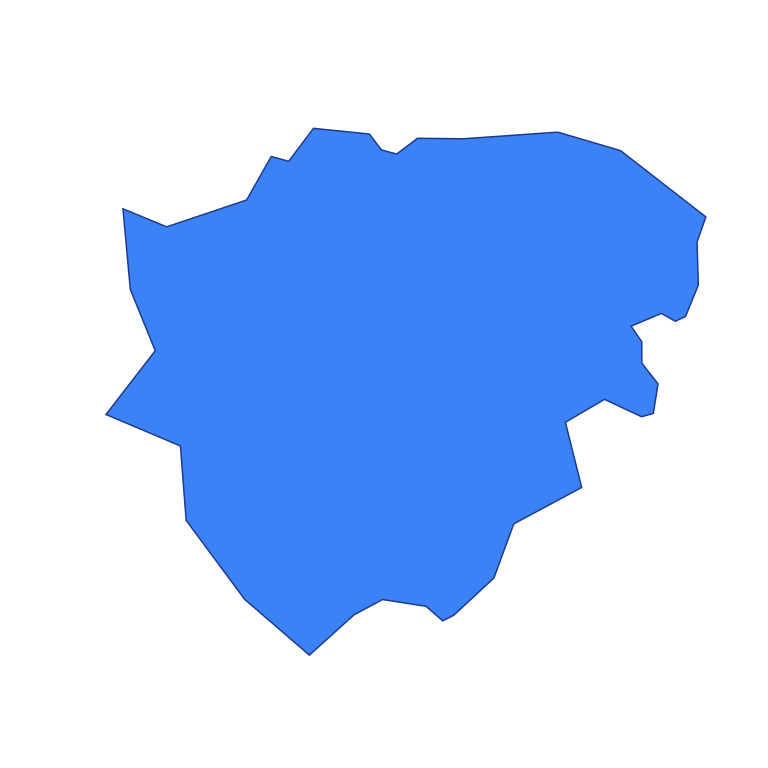 an SVG outline of Doncaster, rotated 11°
{"feature_id": "GBR-5689", "entity_name": "Doncaster", "entity_type": "Metropolitan Borough", "adm_level": 1, "iso_a3": "GBR", "parent_name": "United Kingdom", "parent_adm1": "", "projection": "mercator", "projection_center": [-1.051, 53.519], "detail": "fine", "context": "isolated", "style": "filled", "palette": "blue", "viewbox_px": 768, "rotation_deg": 11, "n_neighbors": 0, "source": "natural_earth", "source_scale": "10m", "svg_char_len": 697}
<svg xmlns="http://www.w3.org/2000/svg" viewBox="0 0 768 768"><g transform="rotate(11 384 384)"><path d="M352.5,155.9L370.0,136.4L414.7,128.2L506.6,103.6L571.7,109.8L668.1,158.6L664.2,184.7L667.3,198.6L673.7,226.9L667.1,260.2L658.0,266.8L642.8,261.8L615.5,280.1L629.0,293.4L633.2,314.4L653.0,331.6L654.0,361.5L643.1,367.0L603.3,357.0L569.4,387.0L597.8,447.8L538.1,496.5L528.9,553.4L496.7,597.6L486.8,605.3L467.7,594.2L423.6,595.9L398.6,616.3L362.5,664.4L288.3,622.0L215.8,555.6L196.0,483.7L116.9,467.0L153.1,395.0L116.9,339.5L94.3,261.8L140.6,271.2L214.0,229.6L229.9,182.2L247.9,183.6L266.0,146.5L322.0,141.4L336.8,154.7L352.5,155.9Z" fill="#3b82f6" stroke="#1e3a8a" stroke-width="1.5"/></g></svg>